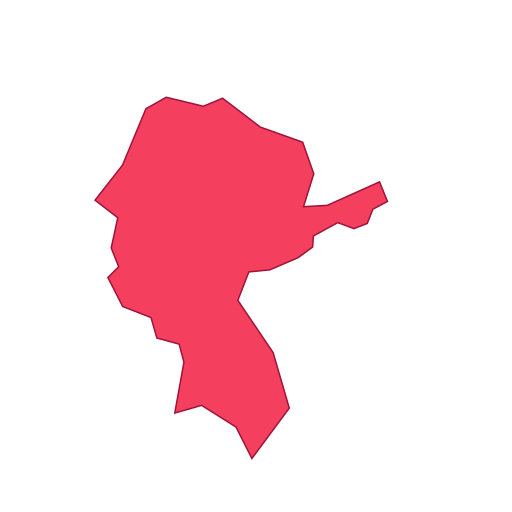 the district of Pogradec, Korçë, Albania, rotated 65°
{"feature_id": "67620474B77805918454880", "entity_name": "Pogradec", "entity_type": "district", "adm_level": 2, "iso_a3": "ALB", "parent_name": "Albania", "parent_adm1": "Korçë", "projection": "natural_earth1", "projection_center": [20.619, 40.937], "detail": "fine", "context": "isolated", "style": "filled", "palette": "rose", "viewbox_px": 512, "rotation_deg": 65, "n_neighbors": 0, "source": "geoboundaries", "source_scale": "gbopen_adm2", "svg_char_len": 633}
<svg xmlns="http://www.w3.org/2000/svg" viewBox="0 0 512 512"><g transform="rotate(65 256 256)"><path d="M74.2,270.3L76.0,293.5L117.2,338.6L137.4,378.3L162.9,365.1L187.5,383.8L207.7,385.0L212.9,399.3L245.4,398.2L267.4,377.2L288.5,380.5L303.4,362.9L321.8,366.2L364.0,396.0L368.4,368.4L402.6,346.4L437.8,345.3L407.9,290.1L350.8,281.3L288.5,291.2L267.4,269.2L274.4,249.4L275.3,218.5L271.8,200.9L262.1,195.4L260.3,167.8L272.6,155.7L273.5,141.4L263.0,130.3L262.1,113.8L241.0,112.7L240.2,170.0L231.4,192.1L205.9,168.9L172.6,165.6L141.0,197.6L98.9,219.6L98.0,240.5L74.2,270.3Z" fill="#f43f5e" stroke="#9f1239" stroke-width="1.5"/></g></svg>